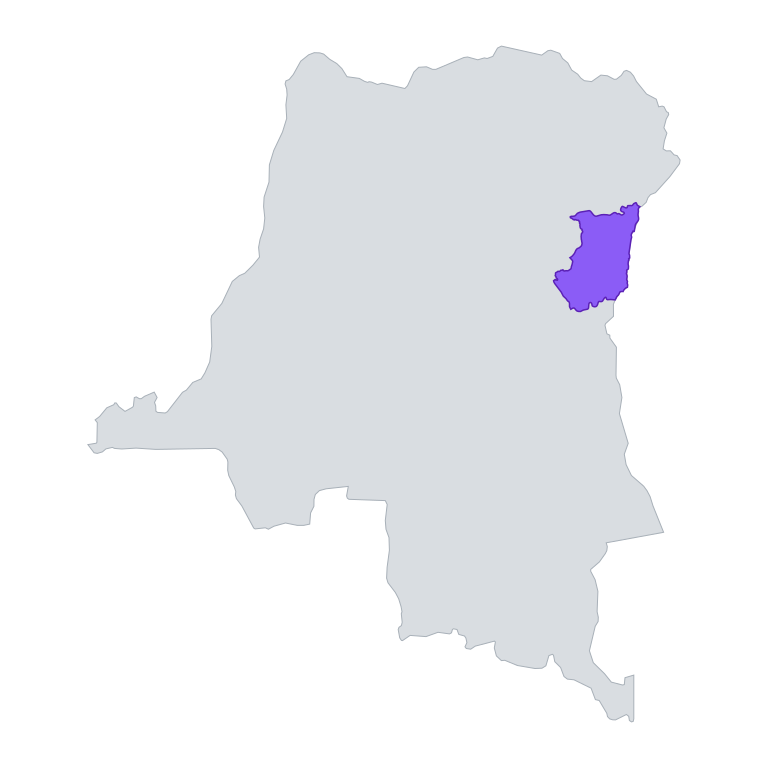 Nord-Kivu on a map of Democratic Republic of the Congo (Natural Earth projection)
{"feature_id": "COD-1898", "entity_name": "Nord-Kivu", "entity_type": "Province", "adm_level": 1, "iso_a3": "COD", "parent_name": "Democratic Republic of the Congo", "parent_adm1": "", "projection": "natural_earth1", "projection_center": [28.468, -0.551], "detail": "fine", "context": "in_parent", "style": "filled", "palette": "violet", "viewbox_px": 768, "rotation_deg": 0, "n_neighbors": 0, "source": "natural_earth", "source_scale": "10m", "svg_char_len": 9330}
<svg xmlns="http://www.w3.org/2000/svg" viewBox="0 0 768 768"><path d="M663.6,532.3L606.2,542.8L607.3,546.6L606.8,550.6L605.3,553.6L599.4,561.9L590.7,569.4L590.7,571.3L595.1,579.7L597.9,591.3L597.1,611.7L598.3,617.2L598.1,621.5L595.2,626.3L589.4,650.8L593.3,662.7L604.6,673.8L611.3,682.1L622.5,685.0L624.3,684.6L625.0,677.7L633.8,675.1L633.8,718.9L633.2,721.4L631.5,721.9L629.4,720.5L628.7,716.3L626.4,714.5L615.5,719.9L612.7,719.8L609.7,718.9L607.5,716.6L606.8,713.3L599.2,700.5L595.4,699.6L591.1,688.2L574.0,679.8L567.4,679.1L564.0,676.5L560.6,667.5L554.8,661.7L553.5,655.2L552.4,654.3L548.9,655.6L545.9,665.8L542.0,668.2L535.0,668.5L517.4,665.5L504.8,660.3L501.4,660.6L496.4,655.9L494.3,648.0L495.4,642.0L494.5,641.1L475.3,646.1L470.7,649.2L466.3,648.5L465.0,646.8L466.9,642.6L465.9,638.1L464.5,636.0L458.8,634.4L457.0,629.5L453.5,628.8L452.4,629.5L451.5,632.8L449.5,633.9L438.0,632.3L426.0,636.6L410.1,635.4L402.5,640.6L401.4,640.4L399.7,637.8L398.2,629.5L399.0,627.3L401.4,625.6L402.2,622.3L401.3,613.7L402.0,611.7L401.1,606.7L398.7,598.8L395.3,592.4L388.0,582.8L386.6,578.2L387.1,567.4L389.4,550.3L389.0,537.6L386.0,529.3L385.3,520.5L387.2,504.5L385.3,500.6L348.9,499.3L347.3,498.1L346.6,495.9L348.3,486.4L326.1,488.8L319.4,490.6L315.3,494.5L314.0,499.4L313.9,506.3L310.6,512.9L309.7,524.1L303.6,525.4L297.4,525.4L285.5,523.0L274.0,526.2L268.4,529.2L265.4,527.8L255.1,528.9L253.7,528.0L241.8,505.9L236.4,498.6L235.4,495.0L235.8,491.5L234.3,486.9L228.8,475.6L227.7,470.3L227.9,462.0L227.2,459.2L222.2,452.1L218.9,449.7L215.3,448.4L155.8,449.4L136.1,448.1L121.7,449.0L114.5,448.4L112.4,447.4L105.9,448.9L102.4,451.9L97.3,453.4L94.1,452.8L87.9,444.6L96.3,443.2L96.9,442.3L97.3,422.6L95.1,419.9L99.6,416.5L106.8,407.8L113.8,404.7L114.8,402.9L116.3,403.0L118.9,406.7L125.0,411.4L132.6,407.2L133.4,406.1L134.3,397.6L136.2,396.9L139.4,398.7L141.3,398.7L144.5,396.3L154.2,392.1L157.1,397.5L154.5,402.4L155.7,405.8L155.9,411.2L157.5,412.4L165.2,413.0L167.4,411.7L182.5,392.3L186.4,390.1L192.8,382.4L201.2,378.9L204.9,372.9L209.7,362.0L211.8,346.4L211.0,319.3L211.7,315.7L221.8,303.5L232.3,281.4L239.4,275.6L244.7,273.3L252.9,265.2L259.5,257.1L258.6,247.3L260.1,239.2L263.6,228.9L264.8,218.0L263.6,206.5L264.1,197.1L269.0,182.1L269.4,164.8L273.8,150.4L282.5,132.0L286.7,118.4L285.9,104.9L287.1,95.0L286.7,89.1L285.1,84.0L285.9,80.9L289.2,79.5L293.3,74.5L300.7,61.2L308.7,54.8L314.2,52.7L319.9,52.9L323.7,54.1L329.7,59.3L336.7,63.5L341.9,68.6L347.0,76.7L359.3,78.4L364.6,81.4L367.8,82.4L369.0,81.7L371.6,82.1L377.4,84.5L382.0,83.2L404.9,88.5L407.5,85.8L413.9,72.0L418.7,67.3L426.5,66.8L432.6,69.4L435.8,69.4L463.9,57.5L467.6,57.0L477.8,59.8L484.4,57.9L487.1,58.5L492.8,56.4L497.5,48.1L501.4,46.1L541.7,55.1L547.9,50.7L550.8,50.2L559.7,53.4L562.5,58.5L567.8,62.9L571.7,70.1L577.7,74.2L580.7,78.0L584.3,80.7L591.6,81.6L600.9,75.1L607.5,75.8L614.1,79.3L616.4,79.2L621.3,75.4L624.0,71.3L626.5,70.4L630.4,72.2L633.6,76.0L636.4,81.5L646.5,94.0L656.3,99.2L658.7,106.8L662.2,106.1L664.0,106.8L666.5,111.7L668.3,112.6L668.7,114.6L666.2,119.1L663.9,127.8L666.9,133.1L664.4,140.9L663.1,148.9L666.3,150.9L670.4,150.8L674.1,154.9L677.1,155.6L680.1,160.0L679.5,163.7L669.8,176.7L655.4,192.7L650.5,194.6L648.0,197.6L646.2,202.3L642.0,206.2L638.7,207.8L638.5,219.3L633.6,231.3L631.7,233.8L629.1,253.2L629.5,256.6L626.9,272.5L627.3,287.3L620.3,291.9L615.5,299.2L613.4,304.3L613.5,316.3L605.5,323.7L605.0,325.4L606.9,333.8L609.8,335.2L609.9,338.1L616.4,347.2L616.0,375.3L616.3,378.1L619.7,384.7L621.9,397.5L619.4,413.6L628.2,443.3L624.3,454.2L626.1,464.6L631.4,475.5L643.7,486.2L647.0,490.7L650.1,496.6L653.0,505.9L663.6,532.3Z" fill="#d9dde1" stroke="#a8b0b8" stroke-width="1"/><path d="M627.4,287.3L626.1,287.8L624.9,288.8L623.8,290.1L623.1,291.4L623.1,291.5L622.9,291.5L620.5,291.6L620.0,291.9L619.7,292.4L618.8,294.4L618.5,294.9L617.0,296.4L616.6,297.0L616.0,298.4L615.2,299.9L611.0,299.5L610.0,299.5L607.6,299.7L607.0,299.5L606.7,299.3L606.5,298.9L606.1,297.7L605.9,297.4L605.6,297.3L605.2,297.4L604.6,297.9L604.2,298.3L602.7,300.8L602.2,301.3L601.5,301.6L600.4,301.6L599.7,301.5L599.0,301.5L598.6,301.8L598.3,302.2L597.6,304.5L597.2,305.3L596.8,305.9L596.3,306.4L595.7,306.6L594.9,306.8L594.1,306.7L593.6,306.6L593.1,306.3L592.5,306.1L592.3,305.9L592.2,305.7L591.7,303.6L591.5,303.2L591.2,302.9L590.9,302.7L590.6,302.5L590.2,302.5L589.8,302.6L589.4,302.9L589.1,303.3L588.9,303.9L588.8,304.6L588.6,307.3L588.5,308.0L588.2,308.6L587.7,309.1L587.0,309.3L583.5,310.0L582.4,310.5L580.9,311.3L580.3,311.5L578.2,311.4L577.7,311.2L577.0,311.0L576.3,310.4L575.8,309.9L574.8,308.6L574.4,308.2L573.8,308.0L573.1,308.1L572.5,308.3L570.8,309.3L569.8,307.3L569.6,306.9L569.5,306.2L569.5,303.5L569.2,302.3L568.8,301.7L567.7,301.0L567.2,300.4L566.0,298.6L563.8,296.6L563.3,296.1L562.7,295.0L561.2,292.1L554.7,283.5L553.9,282.0L553.7,281.4L553.6,280.9L553.6,280.6L553.9,280.5L554.1,280.4L554.7,279.8L554.9,279.7L555.0,279.6L555.4,279.7L555.5,279.7L555.6,279.9L555.7,280.0L555.8,280.1L556.0,280.1L556.3,279.9L556.5,279.9L556.6,280.0L556.8,280.1L557.1,280.2L557.4,280.2L557.5,280.0L557.6,279.6L557.6,279.3L557.5,279.1L557.4,278.8L557.1,278.6L556.9,278.4L556.3,278.0L556.2,277.9L556.1,277.6L556.1,277.4L556.1,277.1L556.1,276.9L556.0,276.7L555.8,276.4L555.6,276.2L555.4,276.0L555.3,275.9L555.2,275.7L555.5,274.8L555.5,274.5L555.5,273.3L555.5,273.1L555.6,272.9L555.8,272.7L556.3,272.4L556.5,272.3L556.8,272.2L557.0,272.1L557.2,271.9L557.6,271.5L557.9,271.4L558.1,271.3L558.3,271.3L558.8,271.5L559.2,271.5L559.3,271.5L559.6,271.4L560.7,270.4L560.8,270.3L561.0,270.2L561.3,270.2L561.7,270.3L561.9,270.3L562.1,270.2L562.7,269.9L562.9,269.8L563.0,269.9L563.1,270.0L563.2,270.3L563.3,270.5L563.5,270.5L563.8,270.6L564.0,270.9L564.1,271.0L564.3,271.0L564.5,271.0L565.1,270.9L565.3,270.8L565.8,270.8L566.0,270.7L567.5,270.8L568.0,270.7L568.5,270.5L570.5,269.1L570.9,268.8L571.1,268.3L571.4,266.5L572.2,264.1L572.5,262.4L572.7,261.9L572.6,261.1L572.4,260.5L569.9,257.7L571.6,256.6L572.6,255.7L574.3,253.6L575.0,252.3L575.7,250.6L576.4,249.5L576.9,249.0L577.3,248.6L578.5,248.1L579.0,247.9L580.7,246.6L581.2,246.0L581.6,245.5L581.8,244.7L582.0,243.8L582.1,243.1L582.0,242.9L581.8,241.9L581.7,241.5L581.6,240.6L581.6,240.4L581.4,239.7L581.3,239.2L581.2,237.3L581.1,236.8L581.1,236.6L581.2,235.8L581.2,235.6L581.3,234.8L581.3,234.4L581.4,234.1L581.5,233.5L581.6,233.3L581.8,233.2L582.1,232.9L582.4,232.7L582.5,232.3L582.7,231.8L582.6,231.5L582.6,231.2L582.4,230.9L582.1,230.6L582.0,230.4L582.0,230.2L582.1,229.6L582.0,229.4L581.9,229.2L581.3,229.0L581.2,228.9L580.8,228.6L580.7,228.4L580.5,228.2L580.4,228.0L580.2,227.5L580.0,226.1L579.9,225.8L580.0,224.3L580.0,224.0L579.9,223.8L579.9,223.7L579.6,223.4L579.5,223.2L579.5,222.8L579.5,222.6L579.7,222.3L579.7,222.1L579.6,221.8L579.2,221.6L579.1,221.4L579.0,221.2L578.9,220.8L578.9,220.7L578.7,220.6L578.4,220.5L578.3,220.4L578.2,220.2L577.1,220.2L576.9,220.2L576.3,219.9L576.0,219.8L575.9,219.7L575.7,219.6L575.4,219.7L575.3,219.8L575.2,219.8L575.1,219.7L574.9,219.6L574.6,219.9L574.3,219.9L574.0,219.8L573.9,219.7L573.3,219.6L573.2,219.5L573.0,219.3L572.6,219.0L571.7,218.3L570.6,217.9L570.4,217.7L570.2,216.9L570.3,216.7L570.5,216.6L570.8,216.5L571.0,216.4L571.3,216.3L571.5,216.3L572.6,216.3L574.2,216.1L574.6,216.0L575.0,215.8L575.4,215.5L575.7,215.2L577.1,213.6L577.4,213.3L578.6,212.7L580.2,212.1L588.7,210.7L589.2,210.7L589.6,210.7L590.0,210.9L590.4,211.2L591.1,211.9L593.3,214.7L593.8,215.2L594.5,215.7L594.9,215.9L595.3,216.1L595.6,216.2L596.0,216.2L596.4,216.2L601.2,214.8L603.7,214.6L607.2,214.8L608.5,215.1L609.8,215.2L610.3,215.0L611.0,214.6L612.7,213.4L613.6,212.9L614.0,212.7L614.6,212.6L615.2,212.6L615.5,212.7L615.9,212.9L616.4,213.2L617.0,213.8L617.3,213.9L617.6,213.9L618.5,213.6L619.0,213.6L619.3,213.8L619.7,214.0L621.0,214.8L621.4,215.0L621.9,215.0L622.5,214.8L623.4,214.3L623.9,213.8L624.3,213.3L624.2,212.9L624.0,212.5L623.7,212.2L622.1,211.7L621.7,211.5L621.4,211.2L621.0,210.9L620.8,210.5L620.6,210.1L620.6,209.7L620.7,209.2L620.8,208.7L621.2,207.8L621.7,207.0L622.0,206.6L622.3,206.4L622.7,206.4L623.1,206.6L625.3,207.7L625.7,207.8L626.1,207.9L626.6,207.8L627.1,207.6L627.3,207.2L627.4,206.3L627.7,205.8L628.0,205.6L628.3,205.6L629.3,205.6L630.4,205.5L631.3,205.6L631.7,205.6L632.3,205.4L632.7,205.0L633.7,203.7L634.0,203.5L635.5,202.8L635.8,202.7L636.1,202.8L636.4,203.1L637.0,204.5L637.2,205.0L637.6,205.3L637.9,205.6L639.9,206.7L639.3,207.3L638.9,207.6L638.3,209.0L638.2,209.4L638.4,211.3L638.0,214.3L638.0,215.1L638.6,218.0L638.6,219.4L638.1,220.7L635.9,223.7L635.5,224.4L635.3,225.2L634.3,231.1L634.2,231.4L633.9,231.6L633.7,231.5L633.4,231.3L633.1,231.1L632.9,231.5L631.5,233.7L631.3,234.7L631.2,235.3L631.6,236.9L631.6,237.6L631.4,238.2L631.0,239.6L629.0,253.2L629.0,253.9L629.5,254.9L629.6,255.4L629.7,257.7L629.6,258.2L629.4,258.4L629.1,258.4L628.8,258.5L628.6,258.9L628.7,259.1L628.9,259.5L629.0,259.7L629.0,260.0L628.8,260.1L628.6,260.3L628.5,260.5L628.1,263.3L628.1,264.1L628.4,265.5L628.5,266.2L628.4,268.4L628.3,268.9L627.9,269.4L627.0,269.8L626.7,270.4L626.6,270.7L626.7,271.1L626.8,271.8L626.8,272.3L626.7,272.6L626.5,272.9L626.4,273.4L626.5,274.0L627.0,275.4L627.1,276.1L627.1,276.7L626.7,279.0L626.7,279.8L627.0,280.4L627.3,281.0L627.5,281.7L627.4,282.0L627.1,283.0L627.2,283.3L627.5,284.1L627.6,284.5L627.7,285.2L627.4,287.3Z" fill="#8b5cf6" stroke="#5b21b6" stroke-width="1.5"/></svg>